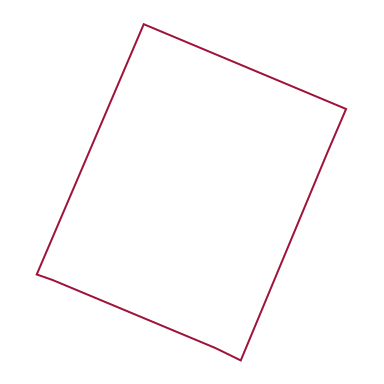 Hayes, Nebraska, United States of America, rotated 113°
{"feature_id": "52423323B94723190981294", "entity_name": "Hayes", "entity_type": "district", "adm_level": 2, "iso_a3": "USA", "parent_name": "United States of America", "parent_adm1": "Nebraska", "projection": "equal_earth", "projection_center": [-101.069, 40.525], "detail": "fine", "context": "isolated", "style": "outline", "palette": "rose", "viewbox_px": 384, "rotation_deg": 113, "n_neighbors": 0, "source": "geoboundaries", "source_scale": "gbopen_adm2", "svg_char_len": 267}
<svg xmlns="http://www.w3.org/2000/svg" viewBox="0 0 384 384"><g transform="rotate(113 192 192)"><path d="M102.2,82.8L55.4,82.6L56.4,302.0L65.7,302.0L328.6,302.7L327.5,286.5L326.5,109.4L328.0,81.3L102.2,82.8Z" fill="none" stroke="#9f1239" stroke-width="2"/></g></svg>